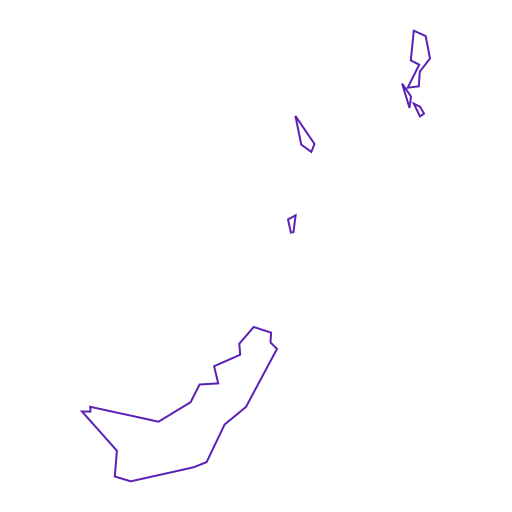 the border of Sulawesi Utara
{"feature_id": "IDN-513", "entity_name": "Sulawesi Utara", "entity_type": "Province", "adm_level": 1, "iso_a3": "IDN", "parent_name": "Indonesia", "parent_adm1": "", "projection": "natural_earth1", "projection_center": [125.095, 2.916], "detail": "coarse", "context": "isolated", "style": "outline", "palette": "violet", "viewbox_px": 512, "rotation_deg": 0, "n_neighbors": 0, "source": "natural_earth", "source_scale": "10m", "svg_char_len": 716}
<svg xmlns="http://www.w3.org/2000/svg" viewBox="0 0 512 512"><path d="M82.0,411.5L90.5,411.6L90.2,406.8L158.5,421.7L190.6,402.2L199.6,384.5L218.2,383.4L214.1,366.2L240.2,354.7L239.3,343.7L253.7,327.0L271.1,332.7L270.5,342.5L277.0,348.9L246.0,406.9L224.6,424.5L206.6,462.1L193.5,467.3L130.7,481.3L114.8,476.5L116.9,450.7L82.0,411.5ZM425.7,36.1L430.0,58.5L419.8,71.6L418.8,86.3L407.7,87.7L419.2,64.7L410.8,60.4L413.8,30.7L425.7,36.1ZM314.5,144.0L311.3,151.9L301.3,144.7L295.4,115.9L314.5,144.0ZM295.6,215.3L293.5,232.0L290.9,232.6L288.0,219.5L295.6,215.3ZM402.1,83.6L411.0,96.5L409.5,107.9L402.1,83.6ZM413.8,103.6L420.0,106.7L424.0,113.6L420.0,116.4L413.8,103.6Z" fill="none" stroke="#5b21b6" stroke-width="2"/></svg>